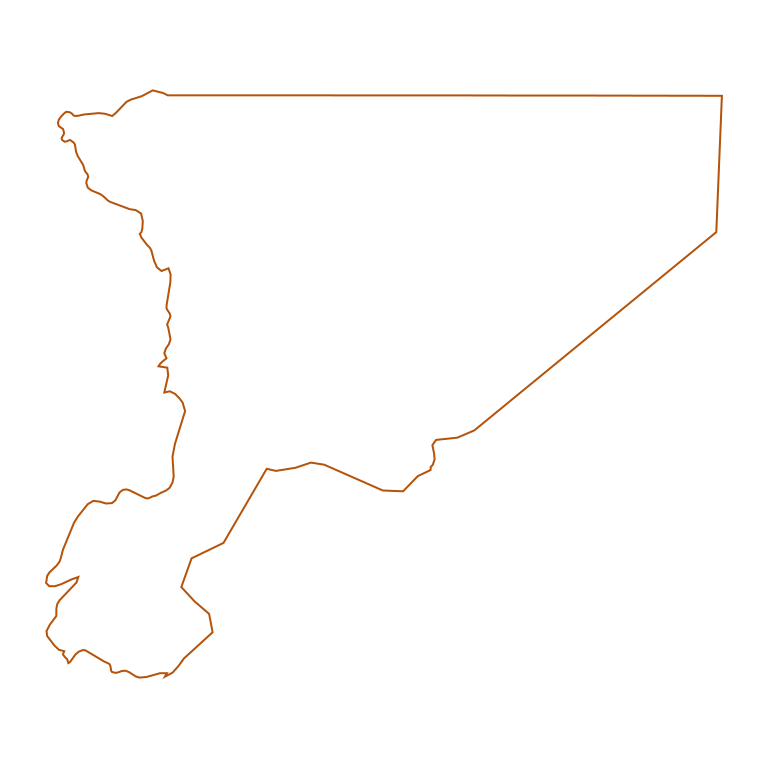 Kagera, Albers equal-area conic projection
{"feature_id": "TZA-3360", "entity_name": "Kagera", "entity_type": "Region", "adm_level": 1, "iso_a3": "TZA", "parent_name": "United Republic of Tanzania", "parent_adm1": "", "projection": "albers", "projection_center": [30.807, -1.99], "detail": "fine", "context": "isolated", "style": "outline", "palette": "amber", "viewbox_px": 768, "rotation_deg": 0, "n_neighbors": 0, "source": "natural_earth", "source_scale": "10m", "svg_char_len": 2504}
<svg xmlns="http://www.w3.org/2000/svg" viewBox="0 0 768 768"><path d="M64.6,141.7L62.1,140.0L61.6,138.2L62.4,136.5L63.5,134.8L64.1,133.1L63.1,129.1L58.9,126.2L57.9,123.0L58.8,119.7L61.1,116.5L63.4,114.1L63.7,113.8L66.1,111.8L69.7,112.2L71.9,113.6L73.4,115.3L75.0,116.0L78.6,115.7L84.0,114.5L98.8,113.1L105.1,113.8L112.2,116.0L115.9,112.9L126.4,101.9L130.6,99.7L141.7,96.2L152.7,90.4L163.1,93.0L167.7,95.3L186.6,95.3L240.2,95.3L293.8,95.3L300.0,95.3L347.4,95.4L400.9,95.4L454.5,95.4L506.5,95.5L508.1,95.5L561.6,95.5L615.2,95.6L668.8,95.7L721.9,95.8L716.3,232.1L474.3,430.4L457.2,437.7L436.1,439.9L432.4,445.1L434.1,453.6L434.6,459.4L432.8,464.8L430.7,467.0L430.6,470.0L417.8,476.1L403.1,491.3L382.8,490.5L324.2,464.7L310.9,462.6L295.4,467.8L275.9,470.9L266.7,468.8L223.5,542.9L191.6,558.3L181.3,587.1L194.7,601.5L209.1,613.9L212.6,632.3L183.9,658.5L178.5,666.0L172.6,672.6L164.9,676.7L166.9,673.2L160.0,673.2L146.4,677.0L139.6,677.6L135.7,676.4L129.0,672.1L125.4,670.7L121.8,671.0L118.9,672.1L115.9,672.9L112.0,672.0L111.2,670.8L110.4,666.0L109.6,664.2L108.3,663.4L104.5,661.7L85.5,650.4L83.1,650.0L79.1,651.5L75.6,654.3L69.8,662.3L68.4,663.0L68.4,662.9L67.1,659.2L64.6,656.7L62.9,654.4L64.2,651.2L58.9,649.8L54.5,645.6L47.2,636.1L46.5,631.1L49.9,624.6L56.3,616.0L56.4,608.5L57.3,604.0L59.7,600.1L76.5,582.5L78.3,577.0L71.6,579.4L61.2,584.2L55.0,586.2L49.3,586.2L46.1,583.0L47.2,575.8L49.6,572.2L56.6,565.6L59.4,561.9L60.6,558.8L63.0,549.6L74.1,522.6L78.0,516.4L87.7,504.2L93.3,500.9L99.6,501.6L105.9,503.5L112.0,503.1L115.3,500.4L119.5,492.5L122.8,489.9L126.6,489.4L129.7,490.4L145.0,497.9L147.4,498.5L150.0,497.7L152.2,496.5L156.2,495.5L160.7,492.9L165.7,490.7L169.5,488.0L172.5,482.5L173.7,476.6L172.5,456.6L175.0,443.7L185.1,411.1L182.6,402.6L179.5,398.4L175.1,393.9L169.8,391.3L164.3,392.5L168.2,375.5L167.3,367.7L158.5,366.3L160.0,364.0L161.8,362.1L166.5,358.3L164.3,353.1L165.9,348.6L168.9,344.2L170.5,339.3L168.2,327.5L167.1,324.5L170.5,316.4L169.8,313.7L167.2,309.7L166.5,308.2L166.6,305.1L170.4,282.0L170.6,274.5L168.5,268.3L161.5,271.0L157.0,267.4L154.1,260.8L151.3,250.3L150.0,248.0L146.4,244.1L141.5,237.7L139.8,233.9L141.4,232.2L142.3,228.7L142.8,221.1L141.1,213.5L135.5,210.0L129.7,209.2L110.4,202.0L107.7,200.4L103.3,196.2L100.2,194.1L91.6,190.5L87.8,187.7L86.3,183.0L86.6,180.8L87.3,179.1L87.9,177.8L88.2,176.9L87.6,174.5L84.9,171.0L83.2,165.0L77.8,156.2L76.1,151.9L74.9,144.4L73.7,142.6L70.1,140.0L68.9,140.3L67.0,141.3L64.6,141.7Z" fill="none" stroke="#b45309" stroke-width="2"/></svg>